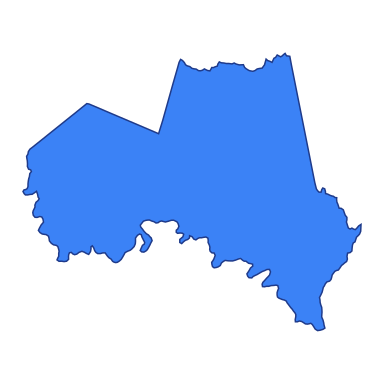 Itapetinga, Bahia, Brazil
{"feature_id": "56859067B19458731628359", "entity_name": "Itapetinga", "entity_type": "district", "adm_level": 2, "iso_a3": "BRA", "parent_name": "Brazil", "parent_adm1": "Bahia", "projection": "robinson", "projection_center": [-40.051, -15.316], "detail": "fine", "context": "isolated", "style": "filled", "palette": "blue", "viewbox_px": 384, "rotation_deg": 0, "n_neighbors": 0, "source": "geoboundaries", "source_scale": "gbopen_adm2", "svg_char_len": 5356}
<svg xmlns="http://www.w3.org/2000/svg" viewBox="0 0 384 384"><path d="M289.8,56.3L288.1,56.0L286.5,55.8L285.1,53.4L283.5,54.6L282.3,55.8L280.7,56.8L279.1,56.0L277.2,55.0L275.6,57.4L273.9,58.3L273.1,60.1L272.0,62.4L269.9,61.3L267.8,60.6L266.1,59.1L265.3,62.0L264.5,64.9L263.2,66.6L262.2,68.1L259.2,68.5L257.1,69.0L255.1,70.5L252.9,71.3L250.5,70.9L249.0,70.5L247.5,69.6L246.1,68.7L244.6,67.4L243.4,64.7L241.5,64.8L239.3,64.9L237.4,64.4L235.8,63.9L234.2,63.0L232.0,63.9L228.9,63.5L226.3,63.5L223.9,63.0L221.3,62.8L219.3,61.9L217.9,64.0L217.3,66.1L215.1,66.8L213.4,67.6L211.8,67.5L210.9,69.2L209.9,70.9L207.6,70.5L205.9,69.7L204.4,68.9L202.3,70.3L200.2,70.8L198.4,70.6L196.2,69.1L193.9,68.8L191.9,68.3L189.9,66.6L187.1,65.8L185.5,64.7L184.4,62.6L182.5,60.5L180.6,59.4L179.1,62.3L177.2,69.1L172.8,84.4L162.6,120.8L158.6,133.7L89.0,104.0L86.8,103.6L78.0,110.7L75.7,112.6L71.9,115.6L32.0,147.6L30.0,149.1L28.4,151.5L27.9,154.2L26.6,156.3L26.9,158.6L27.3,160.7L27.5,163.9L27.4,166.5L28.6,169.2L30.6,169.8L31.4,171.5L29.8,173.6L29.4,176.6L28.7,178.8L28.3,181.0L28.0,183.8L28.0,186.5L27.2,188.6L25.8,189.5L24.0,189.9L23.0,191.5L24.2,193.7L25.4,194.9L27.8,194.9L30.1,194.4L32.1,194.3L34.0,193.1L36.5,191.3L37.6,194.4L38.1,197.1L39.2,198.7L38.1,200.5L36.0,202.3L34.9,205.1L35.0,207.0L34.3,208.6L33.2,210.8L32.8,212.6L33.3,215.3L35.0,217.3L37.2,217.4L39.8,216.5L41.8,217.0L43.0,219.2L43.5,222.2L41.2,224.9L39.5,228.0L38.4,230.4L40.0,232.6L42.2,234.0L44.6,234.4L46.2,234.6L48.5,236.2L49.1,238.6L49.4,240.9L51.3,243.3L53.5,244.8L56.4,245.4L57.8,246.5L58.5,248.7L59.1,251.2L58.7,253.4L58.7,256.3L57.8,258.0L57.0,259.9L59.0,261.3L61.6,261.2L64.1,261.6L66.6,261.2L68.6,259.3L68.5,256.5L68.7,254.6L69.5,252.7L71.4,252.4L72.6,253.8L74.6,254.7L76.8,254.1L79.0,252.4L81.9,251.3L84.3,252.2L86.3,253.4L88.7,254.4L90.5,251.6L91.0,248.9L91.0,246.8L92.3,245.8L93.7,247.9L94.7,250.7L95.9,252.4L97.7,253.6L100.4,253.6L102.8,252.9L105.2,252.9L106.2,254.4L107.6,256.3L109.0,257.8L111.1,259.1L112.6,261.3L114.1,262.2L115.7,262.6L117.4,262.3L119.3,261.1L121.2,259.4L122.4,257.5L123.6,255.4L125.1,252.6L127.7,251.2L130.1,250.3L131.7,249.1L134.1,246.6L135.3,243.8L135.5,241.6L135.5,238.0L137.5,235.3L139.6,234.0L141.3,234.7L141.9,236.9L142.9,238.9L143.8,240.7L144.7,242.3L144.3,244.1L142.5,245.3L141.1,248.4L140.2,250.5L141.7,251.9L143.9,252.1L145.9,251.0L147.3,249.7L148.4,247.8L149.8,245.2L150.8,243.0L152.1,240.7L151.2,237.9L149.8,236.6L148.5,235.0L146.3,233.7L144.1,231.4L142.4,229.0L140.7,227.0L140.3,225.1L141.7,223.4L143.4,221.2L145.7,220.4L147.4,220.1L149.4,220.0L151.9,221.1L154.0,221.7L156.0,223.0L158.1,222.7L159.7,221.5L161.5,221.0L163.4,221.5L165.4,222.0L168.5,221.2L171.2,220.3L173.6,220.2L175.3,221.0L176.9,221.8L178.0,223.4L178.9,226.3L177.8,228.9L176.3,230.2L176.2,232.2L177.5,233.3L180.1,233.0L182.3,233.2L183.7,234.2L182.9,236.8L179.8,239.4L179.8,242.5L181.7,243.6L183.6,241.7L185.4,240.3L187.7,239.5L189.5,237.9L189.6,235.7L192.1,236.7L193.8,239.1L195.9,239.9L197.9,238.4L199.7,237.7L201.3,237.8L203.8,237.3L205.9,237.0L207.9,238.1L208.2,240.3L208.1,242.5L209.3,245.0L209.9,247.2L209.7,249.5L210.2,251.3L212.0,252.9L214.1,253.0L215.2,255.4L213.9,258.9L212.9,260.7L211.7,262.3L211.9,264.3L212.5,266.6L214.1,267.8L216.2,267.5L218.1,266.9L220.3,265.5L221.4,263.0L223.0,261.7L225.1,260.4L228.0,260.8L230.3,260.9L232.8,260.9L235.6,260.1L238.7,258.9L240.6,258.5L242.7,260.3L244.2,261.2L246.0,261.2L247.3,262.3L248.7,263.3L250.6,263.6L252.6,264.2L252.7,266.2L250.5,268.0L249.2,270.4L248.0,272.3L246.9,273.9L247.7,276.2L249.0,277.7L251.8,277.9L253.1,276.5L255.0,275.5L257.0,274.6L259.2,273.3L260.7,272.4L262.5,271.4L264.7,270.6L266.9,269.5L269.5,269.4L270.5,271.9L269.5,275.1L267.9,276.9L266.6,278.2L264.6,280.5L262.9,282.3L262.1,284.2L262.5,286.6L264.5,286.8L266.5,286.3L268.8,286.3L271.1,285.6L274.2,285.4L276.0,285.1L277.8,285.6L278.6,288.4L277.7,290.6L277.1,292.7L277.1,295.0L277.5,297.0L279.0,298.2L280.5,298.8L282.2,299.5L284.5,300.1L286.3,301.1L287.1,302.8L288.5,304.6L289.7,306.2L290.8,307.7L292.2,309.2L293.4,311.0L294.9,312.8L295.8,314.5L295.8,316.5L295.2,319.6L295.4,321.8L297.4,321.8L299.4,321.0L301.7,321.5L303.3,322.5L305.4,323.9L307.5,324.1L309.1,323.8L310.8,323.3L312.3,324.5L313.6,326.5L315.2,329.1L317.6,330.6L320.2,330.2L322.9,329.4L324.9,328.1L324.0,324.9L323.7,322.8L323.0,320.1L321.7,317.0L321.8,314.6L322.0,312.2L321.9,309.9L321.7,307.3L320.8,305.0L320.1,302.3L320.0,300.1L319.5,297.5L320.8,295.0L322.1,292.2L322.8,289.5L323.3,287.4L324.4,285.8L325.2,284.0L326.9,281.9L329.6,281.1L331.0,279.5L331.6,277.6L332.2,274.9L333.9,272.6L334.9,271.3L336.5,270.5L338.4,270.0L340.0,267.8L341.5,265.5L343.2,264.2L344.5,263.0L346.6,261.5L347.4,259.1L347.0,256.3L347.6,253.1L350.1,252.6L351.9,251.0L352.1,248.1L352.5,244.9L353.3,242.9L355.0,241.9L355.7,239.7L356.5,237.2L358.4,235.4L359.6,234.0L360.7,231.3L361.0,224.4L358.7,225.9L356.7,228.3L355.3,229.6L353.6,229.1L351.9,228.1L350.1,229.0L348.4,228.1L347.6,225.8L347.0,223.8L346.4,222.0L346.9,219.9L346.9,217.3L345.2,215.2L344.3,212.7L343.3,209.8L341.1,208.3L339.1,208.2L338.4,205.9L337.8,204.1L336.9,202.1L336.6,199.6L336.7,197.7L334.9,197.5L333.5,196.3L331.7,195.9L329.8,195.2L327.7,194.1L325.6,193.6L325.4,191.3L324.7,188.8L322.8,188.0L321.7,189.7L321.1,192.1L319.1,192.2L317.6,190.7L316.4,188.9L314.8,182.6L310.0,158.4L309.6,156.3L291.4,64.9L289.8,56.3Z" fill="#3b82f6" stroke="#1e3a8a" stroke-width="1.5"/></svg>